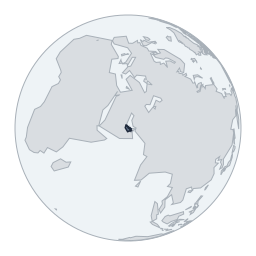 Abu Dhabi highlighted on a globe, orthographic projection, rotated 52°
{"feature_id": "ARE-349", "entity_name": "Abu Dhabi", "entity_type": "Emirate", "adm_level": 1, "iso_a3": "ARE", "parent_name": "United Arab Emirates", "parent_adm1": "", "projection": "orthographic", "projection_center": [53.623, 23.935], "detail": "fine", "context": "on_globe", "style": "filled", "palette": "slate", "viewbox_px": 256, "rotation_deg": 52, "n_neighbors": 0, "source": "natural_earth", "source_scale": "10m", "svg_char_len": 11288}
<svg xmlns="http://www.w3.org/2000/svg" viewBox="0 0 256 256"><g transform="rotate(52 128 128)"><circle cx="128" cy="128" r="113" fill="#eef3f6" stroke="#a8b0b8"/><path d="M162.6,20.8L162.9,20.9L161.5,20.5L156.1,19.0L155.1,18.8L158.3,19.7L158.9,20.1L154.4,18.8L154.9,19.5L146.1,17.8L135.1,15.8L129.2,15.7L115.0,16.2L115.2,16.3L109.9,17.0L108.2,17.5L106.1,17.8L106.6,18.0L108.9,17.7L109.9,17.8L109.1,18.2L106.2,18.4L104.9,18.6L103.8,18.6L103.9,18.8L100.5,19.3L102.7,19.4L98.9,20.4L97.0,20.6L98.8,19.7L98.8,19.2L106.7,17.4L114.7,16.1L122.8,15.5L130.8,15.4L138.9,15.9L146.9,17.0L154.8,18.6L162.6,20.8ZM80.6,25.8L84.7,24.1L85.3,23.9L88.9,22.7L86.6,23.9L82.4,25.8L79.2,27.0L77.3,28.0L78.9,27.8L71.6,31.4L64.5,36.4L62.8,37.4L62.0,37.1L65.6,34.2L65.3,34.4L72.8,29.8L80.6,25.8ZM63.7,35.5L60.0,38.2L63.7,35.5ZM58.4,39.4L57.8,39.9L57.0,40.6L57.9,40.0L56.1,41.4L56.3,41.1L58.4,39.4ZM164.4,21.4L164.8,21.5L163.4,21.1L163.7,21.2L164.4,21.4ZM90.0,22.2L89.5,22.4L89.0,22.5L90.0,22.2ZM92.0,21.5L91.9,21.4L92.9,21.1L92.0,21.5ZM163.0,21.1L163.4,21.5L162.1,20.8L163.0,21.1ZM92.0,21.7L94.6,20.6L96.3,20.0L97.9,19.9L92.0,21.7ZM163.0,21.5L164.1,22.6L166.4,23.2L160.6,22.2L161.6,21.4L159.6,20.5L161.8,21.2L163.0,21.5ZM109.9,17.5L107.5,17.8L110.3,17.3L109.9,17.5ZM111.5,17.1L118.7,15.9L121.9,15.8L118.9,16.1L123.7,16.0L121.7,16.5L118.6,16.7L116.9,16.6L117.5,16.9L111.5,17.1ZM157.2,21.6L156.6,21.7L156.2,21.3L157.2,21.6ZM110.5,17.8L111.6,17.4L114.5,17.3L112.7,18.0L112.4,17.8L110.5,17.8ZM125.9,15.8L127.7,15.9L126.7,16.4L127.2,16.5L122.0,16.5L125.9,15.8ZM111.3,18.0L111.7,18.4L109.7,18.8L109.5,18.1L111.3,18.0ZM116.0,17.0L117.3,17.0L116.0,17.2L116.0,17.0ZM102.5,21.0L103.8,20.4L105.4,20.2L102.5,21.0ZM112.0,18.5L112.8,18.3L113.6,18.3L113.4,18.6L112.0,18.5ZM121.6,16.9L120.7,17.2L123.7,16.9L123.0,17.4L119.6,17.4L120.8,17.6L120.6,17.8L118.0,17.6L121.6,16.9ZM115.6,18.8L111.1,19.2L108.3,20.3L106.7,20.4L111.5,18.7L115.6,18.8ZM117.3,18.1L115.9,18.5L114.7,18.3L114.9,18.0L117.3,18.1ZM123.7,17.8L125.7,17.1L126.3,17.1L123.7,17.8ZM115.0,19.1L116.2,19.0L115.0,19.2L115.0,19.1ZM121.3,18.2L121.9,17.9L122.7,17.9L121.3,18.2ZM117.9,19.2L116.4,19.3L116.5,18.9L117.9,19.2ZM119.7,18.7L120.5,18.9L117.4,18.8L119.8,18.6L119.7,18.7ZM122.0,18.3L122.6,18.2L121.6,18.4L122.0,18.3ZM118.4,20.5L114.4,20.4L114.6,19.6L118.5,19.8L118.4,20.5ZM26.4,134.6L24.8,116.0L27.5,111.0L29.4,103.7L49.2,86.6L51.8,89.7L65.7,91.6L67.1,93.1L63.8,98.4L72.8,108.6L77.7,104.7L87.6,110.8L95.2,111.9L100.9,101.5L88.4,99.5L87.9,93.9L99.2,91.0L110.4,93.2L110.5,91.1L104.9,85.7L108.9,82.4L103.1,83.5L104.4,85.8L100.8,86.8L99.4,84.7L100.9,83.6L97.9,82.2L91.7,88.6L92.3,91.7L83.7,91.4L84.0,96.6L81.1,98.4L79.7,90.3L80.9,87.7L77.0,78.5L74.9,81.1L78.5,90.1L76.7,89.1L73.9,93.2L74.7,89.2L71.3,79.2L64.5,78.9L53.3,87.1L49.8,86.6L48.1,83.1L54.6,72.9L61.6,75.3L64.1,72.2L64.8,66.6L66.9,67.9L68.0,66.1L70.9,66.9L77.0,63.7L80.2,64.2L84.7,59.1L87.0,58.8L83.7,61.8L83.1,64.4L91.4,66.3L93.6,65.5L95.8,62.1L97.8,63.3L98.9,59.8L104.7,59.6L98.6,57.1L101.0,53.6L105.6,51.6L105.3,50.1L97.8,53.4L95.9,55.3L95.9,57.5L89.5,62.7L86.3,63.0L88.8,56.2L84.4,56.1L88.3,51.3L106.0,44.4L112.4,43.9L118.6,50.0L116.0,51.9L112.4,50.5L113.8,54.9L114.6,53.0L116.3,54.1L119.0,51.5L120.3,52.2L120.7,48.6L122.6,49.2L122.4,51.4L128.1,48.5L132.6,49.2L133.3,48.2L132.7,47.0L138.8,49.0L139.0,48.2L137.1,47.2L136.3,45.1L137.2,42.3L139.3,43.1L139.2,44.3L142.2,48.1L141.7,51.2L142.7,51.3L143.6,48.8L140.0,44.1L139.9,42.2L142.1,44.2L141.3,43.3L141.9,42.7L144.5,42.9L142.3,40.7L146.6,33.6L152.0,33.7L153.4,36.0L158.5,33.0L164.2,34.0L162.4,33.0L163.7,31.3L161.9,30.9L161.2,30.4L163.6,26.8L165.8,26.8L164.8,24.8L163.9,24.4L162.2,24.2L160.6,22.2L166.4,23.2L168.1,24.1L170.6,24.5L174.3,26.5L178.5,28.6L181.2,31.1L184.3,32.9L184.8,32.9L189.5,35.5L197.0,41.4L188.3,36.6L176.5,29.1L181.1,32.0L179.3,31.4L180.5,32.6L183.8,34.8L184.6,35.0L185.9,40.3L192.3,47.8L193.8,46.2L196.9,47.7L205.5,56.5L211.2,71.9L215.5,75.3L217.2,78.2L216.8,81.0L214.3,76.7L211.8,76.1L210.5,73.5L209.0,77.0L206.9,73.4L206.7,78.2L209.2,80.6L211.3,78.5L212.1,84.6L217.0,88.3L220.1,94.4L219.9,107.7L216.1,113.5L216.4,115.7L213.6,114.3L211.8,119.5L218.5,129.1L219.0,132.5L215.2,140.7L214.8,138.3L207.4,134.7L207.4,143.0L213.0,147.7L215.0,154.7L211.3,153.7L209.1,147.7L206.5,146.2L206.3,139.2L202.2,129.7L198.4,132.9L197.8,128.7L191.7,121.5L185.6,125.8L176.7,139.1L177.0,149.8L173.2,155.1L164.9,140.9L162.2,130.7L158.5,132.2L150.5,124.1L134.7,124.4L133.0,121.6L129.9,123.0L124.3,120.3L122.0,115.7L118.4,116.0L124.7,127.8L128.7,127.6L132.8,123.1L133.8,127.3L139.2,130.9L131.1,141.1L108.7,149.4L107.5,141.2L95.7,117.7L96.6,115.3L96.6,115.0L96.5,114.5L94.4,118.3L92.7,113.7L97.9,130.0L98.3,136.7L108.3,149.8L107.1,151.0L110.7,153.7L123.2,151.2L123.0,153.9L116.5,165.8L100.0,180.5L102.8,190.9L102.7,199.2L93.8,203.5L96.0,209.7L91.6,211.1L92.2,214.3L89.5,217.1L84.4,219.0L74.2,216.7L72.5,213.7L65.7,206.8L55.8,190.1L57.2,183.7L55.8,177.7L48.6,162.4L50.1,155.4L48.5,151.6L44.9,151.0L43.1,146.4L41.1,145.4L29.2,141.9L26.4,134.6ZM40.6,96.9L39.7,99.0L40.6,96.9ZM121.1,101.3L128.5,102.2L126.9,95.2L129.7,95.0L128.1,92.8L126.8,94.7L123.4,88.8L127.2,87.0L127.2,84.1L124.7,83.8L118.3,88.0L123.2,96.3L120.7,99.0L121.1,101.3ZM59.3,38.8L59.2,38.9L58.0,39.8L57.9,39.8L59.3,38.8ZM56.8,41.8L53.9,44.1L55.9,42.4L55.2,42.7L58.5,39.6L62.1,37.8L59.9,39.1L56.8,41.8ZM63.9,35.5L61.4,37.3L64.0,35.4L63.9,35.5ZM71.6,56.1L71.8,57.7L69.7,59.5L65.6,59.6L68.7,56.9L71.6,56.1ZM72.7,59.5L76.4,53.2L79.0,53.2L76.9,54.2L78.3,54.8L75.3,56.7L74.3,63.1L72.4,65.2L65.9,63.9L69.1,63.0L68.6,61.4L72.7,59.5ZM80.9,40.1L82.5,38.2L86.2,40.4L84.3,42.0L80.1,42.1L79.9,40.2L80.9,40.1ZM94.3,21.9L94.7,21.6L95.5,21.4L95.9,21.6L94.3,21.9ZM103.0,20.7L93.5,23.5L93.5,23.2L88.0,25.6L85.8,25.8L89.4,24.1L83.6,26.2L85.9,24.8L82.0,26.5L90.3,22.8L92.2,21.8L90.9,22.8L92.9,22.6L94.4,22.2L99.9,20.7L104.9,18.9L107.7,18.7L108.4,19.1L107.6,19.4L106.0,19.4L106.1,20.0L103.2,20.2L103.0,20.7ZM114.3,27.4L112.8,26.5L112.4,29.1L109.6,28.7L109.7,29.1L107.0,29.6L103.9,30.9L102.8,30.5L102.1,31.2L100.2,31.7L98.8,32.5L96.4,32.3L94.6,33.4L94.5,32.7L91.9,34.7L92.8,33.1L90.5,33.8L90.9,34.9L81.3,33.2L76.6,34.2L72.3,36.0L74.3,33.5L79.7,30.4L86.4,27.7L90.6,27.4L90.7,26.5L92.8,26.1L91.8,27.0L94.6,25.5L96.0,25.5L101.9,24.0L105.0,22.2L107.3,21.8L106.8,22.5L109.3,21.6L109.9,22.7L111.5,22.5L113.7,23.5L111.8,25.2L113.8,24.8L115.5,25.8L114.3,27.4ZM118.9,20.8L117.3,22.6L115.0,23.4L112.1,21.3L110.6,21.4L108.7,20.4L112.2,19.4L112.4,19.7L113.4,19.8L111.9,20.1L113.9,19.9L114.3,20.5L115.9,20.6L114.9,21.1L118.9,20.8ZM69.8,91.5L71.1,92.2L73.4,92.5L71.7,95.3L69.8,91.5ZM67.4,84.7L68.7,84.7L67.4,88.5L66.0,87.9L67.4,84.7ZM70.5,81.7L68.9,84.4L69.0,82.7L70.5,81.7ZM85.0,61.8L86.6,61.7L86.3,62.5L84.9,63.6L85.0,61.8ZM112.7,36.1L112.2,35.2L113.0,34.9L114.2,32.7L116.4,32.9L116.5,34.4L112.7,36.1ZM98.1,103.1L95.3,104.8L94.4,103.6L95.6,103.2L98.1,103.1ZM82.4,100.1L85.5,102.2L81.9,100.8L82.4,100.1ZM115.3,36.0L115.6,35.0L116.5,35.8L115.3,36.0ZM118.1,33.0L119.4,33.7L116.8,32.7L118.1,33.0ZM147.7,234.4L148.9,234.8L147.0,235.1L147.7,234.4ZM122.0,199.1L116.4,212.6L111.0,212.3L109.2,208.3L110.8,200.1L116.8,197.9L119.5,194.0L122.0,199.1ZM229.0,163.9L230.2,163.3L230.1,163.8L229.0,163.9ZM227.7,163.3L229.3,162.3L227.2,164.6L227.7,163.3ZM229.9,161.9L231.6,159.8L232.3,158.5L232.1,159.6L229.9,161.9ZM226.5,164.2L219.0,168.1L215.8,168.4L216.8,166.3L222.0,164.2L226.5,164.2ZM216.5,166.4L211.3,163.7L202.5,152.1L205.7,151.4L214.6,157.1L214.0,158.8L217.2,161.3L216.5,166.4ZM228.3,151.5L227.7,156.2L223.8,158.1L221.9,158.4L220.6,153.2L221.4,149.9L223.0,149.2L228.1,135.8L230.1,137.1L228.8,142.4L230.4,145.4L228.3,151.5ZM177.6,150.7L180.6,156.5L178.4,157.9L177.6,150.7ZM229.2,127.4L227.8,133.2L228.8,126.0L229.2,127.4ZM229.3,121.1L229.8,123.2L228.6,121.6L229.3,121.1ZM217.2,118.8L215.5,120.2L215.1,118.6L216.9,115.9L217.2,118.8ZM222.3,99.6L224.0,104.2L224.2,106.0L222.7,103.6L222.3,99.6ZM134.7,38.5L130.6,41.2L129.1,43.7L130.5,45.9L126.7,44.2L129.0,40.3L134.7,38.5ZM144.9,34.0L143.6,32.4L145.3,32.6L145.9,33.0L144.9,34.0ZM143.3,33.4L139.5,32.6L139.5,31.4L142.5,32.3L143.3,33.4ZM127.3,33.8L125.9,34.5L125.2,33.8L127.3,33.8ZM218.6,194.9L211.1,203.3L209.8,204.0L212.3,200.9L215.3,194.0L216.0,193.7L218.2,188.4L225.8,179.3L231.9,167.0L233.6,165.3L236.4,156.6L237.4,154.7L235.7,160.9L235.7,161.1L232.5,170.1L228.6,178.7L224.0,187.0L218.6,194.9ZM232.1,161.8L234.2,156.8L235.0,155.7L232.1,161.8ZM239.1,146.8L238.8,147.8L239.3,145.0L239.6,142.2L238.4,143.8L238.2,142.3L238.9,139.9L237.7,140.0L239.0,137.1L239.3,140.5L239.9,136.0L240.4,134.8L240.4,134.6L239.1,146.8ZM238.5,146.5L238.6,146.2L238.3,147.8L238.5,146.5ZM235.8,146.7L235.6,147.9L235.2,147.5L235.8,146.7ZM236.4,145.3L237.6,145.0L236.2,146.5L236.4,145.3ZM231.3,145.8L231.9,148.2L233.6,144.9L232.3,148.6L233.2,152.3L232.7,154.4L231.8,150.3L231.1,155.8L230.2,156.3L230.1,152.2L231.1,146.2L231.9,143.3L234.9,139.9L231.3,145.8ZM236.5,141.8L236.1,138.9L236.4,136.4L236.8,137.7L236.5,141.8ZM234.5,132.2L232.9,129.5L231.8,131.9L233.4,124.6L234.8,128.4L234.5,132.2ZM232.4,124.7L231.5,126.9L232.1,122.9L232.4,124.7ZM231.0,125.9L230.4,123.3L231.4,123.0L231.0,125.9ZM233.0,124.4L232.3,119.7L233.2,122.0L233.0,124.4ZM228.7,117.7L231.6,120.6L228.7,120.7L226.4,112.2L227.5,111.2L228.7,117.7ZM221.2,79.5L219.7,77.4L220.1,76.1L221.0,77.9L221.2,79.5ZM220.0,70.9L219.7,75.1L219.2,78.9L220.4,79.4L222.1,83.7L219.3,80.9L218.1,75.4L218.8,73.3L216.9,70.0L216.3,66.9L213.4,63.3L212.5,61.3L215.3,64.0L220.0,70.9ZM212.1,61.9L206.8,55.4L208.5,55.0L210.0,56.3L211.7,59.4L210.8,59.4L212.1,61.9ZM206.1,53.8L205.1,53.9L195.3,46.4L193.6,44.8L201.9,49.8L201.4,50.2L203.6,52.2L206.1,53.8ZM157.9,22.1L156.8,21.8L157.8,21.9L157.9,22.1ZM160.2,30.2L159.3,29.5L160.5,29.4L160.2,30.2ZM157.6,27.4L156.8,28.0L156.8,27.1L157.6,27.4ZM155.2,29.3L156.1,28.0L156.5,29.8L155.2,29.3Z" fill="#d9dde1" stroke="#a8b0b8" stroke-width="1"/><path d="M131.9,126.5L131.8,126.8L131.8,127.0L131.8,127.3L132.0,127.4L132.2,127.5L132.3,127.7L132.2,127.7L131.9,127.8L131.7,127.8L131.4,127.9L131.3,128.0L131.4,128.3L131.4,128.5L131.3,128.8L131.2,128.8L131.1,129.0L131.1,129.3L130.9,129.6L130.8,129.8L130.9,130.1L130.8,130.4L130.7,130.6L126.1,130.0L126.0,129.9L124.4,127.7L124.3,127.4L124.4,127.2L124.4,127.3L124.5,127.4L124.7,127.5L124.7,127.8L124.8,127.9L125.0,127.9L125.3,127.9L125.5,127.9L125.8,127.8L125.9,127.7L126.0,127.7L126.3,127.6L126.5,127.6L126.8,127.6L127.0,127.6L127.3,127.6L127.7,127.6L127.8,127.7L127.9,127.8L128.0,127.8L128.1,127.7L128.4,127.8L128.5,127.7L128.8,127.6L129.0,127.5L129.1,127.4L129.3,127.3L129.5,127.2L129.6,126.9L129.7,127.0L129.7,126.9L129.4,126.8L129.5,126.8L129.5,126.7L129.6,126.8L129.8,126.7L129.8,126.4L130.0,126.3L130.0,126.2L130.3,126.1L130.5,126.0L130.7,126.6L130.8,126.7L131.2,126.7L131.3,126.6L131.6,126.5L131.8,126.5L131.9,126.5ZM128.1,127.6L128.2,127.4L128.3,127.4L128.5,127.4L128.5,127.5L128.4,127.6L128.2,127.6L128.1,127.6ZM127.5,127.4L127.4,127.3L127.2,127.3L127.3,127.3L127.5,127.2L127.5,127.3L127.5,127.2L127.6,127.3L127.5,127.4ZM126.1,127.2L126.3,127.2L126.3,127.3L126.2,127.3L126.1,127.2ZM129.4,127.0L129.3,126.9L129.5,127.0L129.4,127.0ZM129.0,127.4L128.9,127.4L128.9,127.2L129.0,127.3L129.0,127.4ZM129.2,127.3L129.0,127.2L129.2,127.3L129.2,127.3ZM129.3,127.1L129.2,127.3L129.2,127.2L129.3,127.1ZM129.0,125.4L129.1,125.5L129.0,125.4L129.0,125.4Z" fill="#64748b" stroke="#1e293b" stroke-width="1.5"/></g></svg>